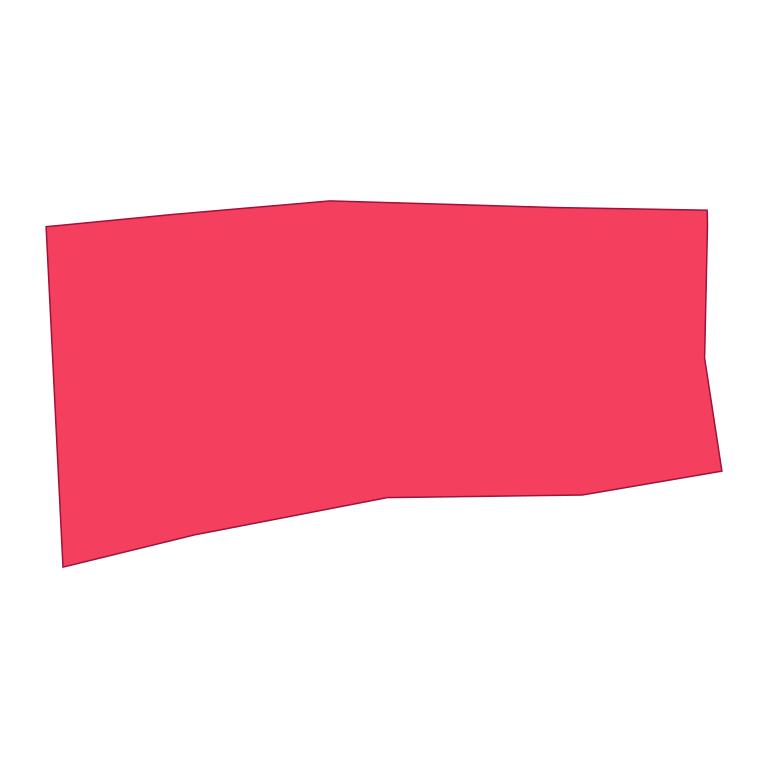 outline of Bragadiru, Romania
{"feature_id": "2599482B35029885284970", "entity_name": "Bragadiru", "entity_type": "district", "adm_level": 2, "iso_a3": "ROU", "parent_name": "Romania", "parent_adm1": "", "projection": "equal_earth", "projection_center": [25.519, 43.655], "detail": "fine", "context": "isolated", "style": "filled", "palette": "rose", "viewbox_px": 768, "rotation_deg": 0, "n_neighbors": 0, "source": "geoboundaries", "source_scale": "gbopen_adm2", "svg_char_len": 321}
<svg xmlns="http://www.w3.org/2000/svg" viewBox="0 0 768 768"><path d="M721.9,471.1L704.6,358.0L707.5,225.1L707.2,210.2L553.7,207.5L509.5,206.2L329.9,200.9L172.2,214.5L46.1,226.7L49.9,302.8L63.0,567.1L194.4,534.9L387.2,497.6L411.6,497.3L582.3,495.0L721.9,471.1Z" fill="#f43f5e" stroke="#9f1239" stroke-width="1.5"/></svg>